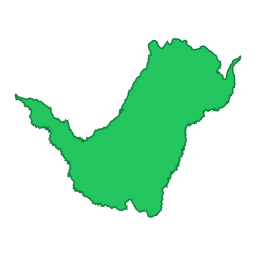 outline of La Esperanza, Norte de Santander, Colombia
{"feature_id": "7082276B65622442021238", "entity_name": "La Esperanza", "entity_type": "district", "adm_level": 2, "iso_a3": "COL", "parent_name": "Colombia", "parent_adm1": "Norte de Santander", "projection": "equal_earth", "projection_center": [-73.378, 7.696], "detail": "fine", "context": "isolated", "style": "filled", "palette": "green", "viewbox_px": 256, "rotation_deg": 0, "n_neighbors": 0, "source": "geoboundaries", "source_scale": "gbopen_adm2", "svg_char_len": 5797}
<svg xmlns="http://www.w3.org/2000/svg" viewBox="0 0 256 256"><path d="M15.7,94.5L15.4,95.3L16.4,99.5L17.9,99.1L19.3,99.5L20.1,100.5L21.5,100.3L22.5,102.1L24.2,103.1L24.6,105.8L25.6,106.6L26.3,106.0L27.9,106.7L29.6,108.9L29.7,109.7L31.1,109.2L31.7,110.8L31.1,112.4L31.3,113.6L30.8,115.0L29.7,116.0L29.7,117.0L31.6,119.0L32.0,121.5L31.2,122.4L32.6,124.6L33.6,125.3L34.0,124.5L35.5,125.3L35.5,126.2L36.4,127.3L37.1,126.4L38.4,126.5L39.6,128.4L41.2,127.5L42.7,127.7L44.0,126.3L44.8,128.2L45.8,128.9L45.5,127.8L46.5,128.3L47.1,127.2L47.6,127.8L47.2,128.3L47.4,129.1L48.3,128.4L48.1,129.6L49.2,129.7L48.8,131.7L50.3,130.9L50.2,132.0L51.2,132.9L50.0,135.0L50.3,137.1L49.3,138.4L49.3,139.6L50.7,141.5L50.4,142.8L52.0,142.5L52.6,144.8L53.4,144.3L53.8,144.5L53.7,145.3L55.5,145.1L55.7,147.1L56.6,147.4L58.4,149.6L59.0,148.8L60.3,148.6L60.8,151.0L61.9,151.5L61.4,153.0L61.5,154.6L62.0,155.0L63.4,154.9L63.6,156.7L65.6,159.1L65.2,160.4L68.0,160.8L68.1,161.4L67.4,162.3L67.7,163.3L68.3,162.5L69.5,162.3L69.0,163.9L69.9,164.8L70.4,167.0L69.8,167.8L70.5,168.9L69.2,170.1L69.6,172.5L68.3,173.1L68.1,176.2L68.7,176.7L70.0,174.8L71.9,179.2L73.9,181.2L74.2,183.6L73.3,185.3L73.9,186.9L73.4,188.2L75.1,188.7L74.9,190.3L75.3,191.1L76.1,190.9L76.4,189.6L77.5,190.1L77.7,191.1L78.7,190.9L79.4,192.2L80.4,191.2L80.8,192.6L82.8,192.0L83.2,195.4L84.1,195.2L84.6,196.3L87.4,196.9L89.2,198.5L90.1,198.7L90.4,199.6L92.7,201.4L92.6,202.7L93.0,203.4L94.1,203.1L95.4,204.4L97.0,203.3L98.4,205.1L99.4,203.8L100.7,203.7L101.3,206.1L103.8,206.1L104.6,204.9L106.2,204.7L107.7,206.3L108.9,206.3L111.1,207.4L111.5,208.4L112.2,208.4L112.7,207.1L113.3,206.8L115.8,207.5L118.4,209.6L120.6,210.4L122.5,210.1L124.7,208.9L126.7,209.1L126.8,206.2L125.4,205.0L125.0,203.1L126.7,201.4L127.7,201.1L128.7,199.5L131.0,199.7L136.5,209.5L138.0,210.3L139.2,211.9L142.3,211.5L143.6,210.6L146.4,211.2L147.2,212.4L148.4,216.4L149.2,216.8L150.4,216.4L151.5,217.1L154.7,215.4L156.9,215.1L157.1,213.6L158.3,213.2L159.7,211.0L160.8,210.6L161.7,207.2L160.8,206.2L162.1,204.5L161.9,203.0L161.0,201.7L162.6,199.7L162.0,196.6L163.2,193.2L162.3,188.5L165.1,186.6L165.7,185.6L166.8,186.6L166.8,184.9L168.8,181.0L168.0,179.6L167.8,178.3L168.7,177.9L169.3,179.1L169.8,179.0L170.7,176.8L170.6,174.7L171.4,174.3L171.1,172.8L171.4,171.8L172.8,173.1L175.3,169.6L176.4,170.0L177.2,169.4L176.3,167.7L176.3,166.8L177.4,166.6L177.5,164.8L178.6,165.5L178.5,163.6L179.2,163.0L179.1,161.4L180.2,159.9L179.1,158.4L180.0,157.3L180.9,157.1L181.8,156.0L181.7,154.6L183.0,153.8L182.7,152.9L181.8,152.5L182.7,151.3L181.9,150.1L182.0,149.1L183.1,148.7L183.1,150.1L184.1,149.6L184.4,148.2L183.4,147.6L183.4,146.9L185.2,145.4L184.9,142.9L185.8,142.1L186.1,139.5L185.3,135.4L186.0,135.0L185.2,133.6L185.8,132.1L184.9,130.9L185.2,129.6L185.9,129.4L185.4,128.0L186.3,127.4L187.0,125.5L188.0,125.1L187.8,124.5L188.2,123.8L189.0,125.6L189.9,125.6L190.7,124.8L190.7,124.0L191.5,123.6L194.3,123.4L194.4,122.0L196.1,123.0L196.4,121.4L199.3,120.9L200.1,119.8L201.0,119.5L201.1,118.2L204.5,116.0L203.6,114.0L203.8,112.8L203.0,111.8L204.5,111.4L205.3,109.8L206.3,110.5L207.1,110.2L208.2,111.3L209.0,110.0L209.8,110.3L211.1,109.5L212.3,109.1L213.0,109.5L213.4,108.9L214.5,108.8L213.7,110.3L214.6,110.0L215.6,110.6L216.7,109.9L217.2,110.8L218.9,110.0L218.7,108.7L219.5,107.7L221.2,108.0L224.3,106.1L226.6,103.1L226.7,101.7L227.2,103.2L228.7,101.8L228.7,100.0L229.7,97.9L229.3,95.7L229.9,96.1L231.2,95.5L231.5,94.0L232.9,93.2L232.5,90.7L233.0,89.7L232.5,88.8L233.7,87.1L234.3,87.2L234.5,84.8L235.0,83.6L234.1,82.0L234.7,80.5L234.2,75.0L233.1,73.6L232.5,67.9L234.4,64.4L239.8,59.6L240.6,56.9L240.2,56.3L238.3,58.8L236.0,59.1L232.9,61.0L232.1,63.6L230.7,65.0L230.2,66.7L227.7,71.0L226.7,74.5L226.6,77.4L225.2,79.2L224.2,79.5L222.7,78.3L223.0,77.3L222.6,75.6L219.6,73.6L219.2,72.3L218.3,72.0L217.7,72.9L216.4,71.8L217.6,70.4L218.6,68.1L219.1,67.7L220.1,68.1L219.7,67.0L220.7,65.4L220.3,61.6L219.0,61.2L217.5,59.8L216.0,55.4L213.8,54.4L212.4,52.5L210.2,51.0L209.2,51.1L208.5,49.9L204.3,46.2L202.7,46.2L200.3,47.1L200.6,48.3L199.8,48.6L194.2,49.9L192.1,49.2L191.3,47.2L187.5,45.2L186.1,43.2L186.9,41.9L185.6,40.4L183.9,40.8L183.2,41.6L180.8,41.2L179.5,39.7L177.9,39.1L173.7,38.9L172.7,39.5L171.3,44.0L168.9,44.6L167.4,41.7L165.0,44.9L164.7,46.3L162.9,47.3L162.4,48.8L161.0,48.3L158.0,45.6L157.4,44.0L157.4,42.5L155.2,40.7L152.7,40.8L148.7,44.3L148.4,45.3L148.9,48.7L149.5,49.5L149.5,50.2L150.5,51.0L150.4,53.5L151.3,54.7L150.3,55.5L148.7,55.5L149.1,57.5L148.2,59.2L148.7,62.1L148.3,62.7L147.5,62.9L146.9,67.2L145.7,69.4L144.1,69.2L141.5,72.0L140.6,73.8L140.0,76.6L138.1,77.0L136.4,78.6L135.5,81.3L134.5,81.9L132.9,84.8L132.6,86.7L131.5,87.8L131.6,89.5L128.9,90.9L129.0,92.5L128.1,93.4L128.8,94.6L128.0,95.4L126.6,98.9L125.0,100.0L125.0,102.7L123.4,104.2L121.9,106.7L121.8,108.5L123.1,109.6L123.1,110.3L122.2,110.7L120.5,109.4L119.7,110.1L119.8,111.5L121.2,112.1L121.1,113.4L120.4,113.4L119.7,112.6L119.1,115.1L118.0,116.6L116.3,117.4L112.4,121.0L110.7,121.6L109.6,123.9L106.3,127.6L105.2,127.9L104.2,127.3L102.3,128.9L98.7,129.3L97.0,130.5L95.3,130.3L93.4,135.1L90.9,137.2L89.7,137.3L88.7,138.3L86.9,137.7L86.9,140.3L84.2,140.5L83.5,141.4L82.9,139.8L82.6,141.4L82.1,141.5L81.2,139.0L80.4,139.2L80.3,138.2L79.3,139.0L79.3,137.9L78.6,138.5L77.2,137.5L76.3,137.9L75.1,136.5L74.1,136.8L72.7,133.1L70.8,130.9L70.7,129.6L69.6,129.9L68.4,122.9L67.4,122.4L67.7,120.8L66.7,121.1L65.6,120.1L65.2,121.2L63.7,122.9L62.8,121.5L62.1,122.0L60.6,121.8L59.2,119.8L58.4,119.5L57.9,118.4L56.4,119.3L55.3,118.2L53.8,117.8L52.9,115.3L51.2,112.5L50.8,111.2L51.1,109.8L50.4,107.6L49.1,108.5L47.7,106.7L46.3,106.0L40.5,101.3L38.9,101.5L36.7,99.4L34.3,100.2L31.9,98.7L29.3,98.2L27.3,99.4L26.2,99.0L24.6,99.2L23.1,98.2L21.4,98.2L19.5,97.1L17.7,96.9L16.6,94.9L15.7,94.5Z" fill="#22c55e" stroke="#15803d" stroke-width="1.5"/></svg>